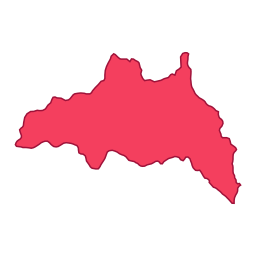 Divisópolis, Minas Gerais, Brazil
{"feature_id": "56859067B65548634153592", "entity_name": "Divisópolis", "entity_type": "district", "adm_level": 2, "iso_a3": "BRA", "parent_name": "Brazil", "parent_adm1": "Minas Gerais", "projection": "natural_earth1", "projection_center": [-40.905, -15.77], "detail": "fine", "context": "isolated", "style": "filled", "palette": "rose", "viewbox_px": 256, "rotation_deg": 0, "n_neighbors": 0, "source": "geoboundaries", "source_scale": "gbopen_adm2", "svg_char_len": 3577}
<svg xmlns="http://www.w3.org/2000/svg" viewBox="0 0 256 256"><path d="M19.6,129.8L20.2,132.1L20.8,133.8L21.4,135.4L21.4,137.4L20.2,139.0L18.6,140.0L17.1,141.2L16.1,142.7L15.4,144.7L16.5,146.3L18.6,146.6L21.1,146.9L22.8,147.5L25.7,147.5L28.0,147.7L29.5,147.9L31.3,148.2L33.1,147.8L34.7,147.1L36.7,145.9L39.0,144.4L41.2,142.7L43.2,141.8L45.0,141.2L47.5,141.2L49.5,142.7L50.9,144.3L52.3,145.5L53.7,146.5L56.1,146.9L58.2,146.5L59.9,145.5L61.7,144.4L63.6,143.2L66.2,142.7L68.8,143.0L71.2,143.4L73.4,144.1L75.1,144.9L76.9,145.5L78.3,147.7L78.5,150.3L78.9,152.8L80.8,153.9L83.2,154.2L85.3,155.9L86.0,158.4L86.5,161.0L87.7,162.7L89.1,164.7L90.4,166.9L92.0,168.2L93.6,168.5L95.9,168.9L98.4,168.8L100.0,166.6L100.8,164.9L102.0,163.0L103.7,160.4L104.9,158.4L105.7,156.3L106.4,154.3L107.3,152.0L109.0,150.8L110.6,150.5L112.3,150.3L114.7,151.0L117.3,152.1L119.5,153.7L122.0,154.8L123.9,155.4L126.0,156.8L127.6,158.8L128.9,160.3L130.7,160.8L132.6,161.2L134.4,161.6L135.8,162.7L137.6,163.4L139.3,165.1L140.8,166.0L142.5,166.3L144.7,166.1L147.0,164.9L149.2,164.3L151.4,163.8L153.5,162.7L155.6,161.4L157.7,161.1L159.3,162.0L160.5,163.7L162.3,163.8L163.9,161.6L166.4,159.9L168.6,158.5L170.7,157.9L172.8,157.3L174.8,156.5L177.0,156.8L179.2,157.6L180.6,159.7L183.1,160.7L184.5,159.2L185.7,157.2L187.9,157.0L189.9,158.7L190.7,161.0L191.5,163.0L192.2,165.6L193.1,167.7L194.4,169.2L195.6,170.3L197.6,170.5L199.7,170.2L201.1,172.1L202.5,174.5L203.5,176.3L204.8,178.1L207.0,178.5L208.3,179.4L209.5,180.7L209.2,182.4L210.4,183.8L211.9,185.5L213.4,187.2L215.3,187.8L216.6,188.6L218.2,190.0L219.8,191.2L221.0,192.3L222.5,194.0L224.2,195.2L225.8,196.4L227.2,197.9L228.6,199.3L230.2,201.1L232.0,203.2L234.1,203.3L234.1,200.5L234.5,197.8L235.7,195.0L236.9,193.0L237.6,191.0L237.7,188.1L239.1,186.1L240.6,185.1L239.4,183.5L237.7,183.8L236.2,182.5L236.0,179.9L234.7,177.9L234.5,175.6L233.3,173.4L233.0,171.3L233.0,169.5L233.0,167.6L232.8,165.8L232.1,163.8L232.7,161.7L233.0,159.2L233.0,156.8L233.2,154.4L234.1,152.4L235.5,151.0L236.5,149.6L235.8,148.0L234.7,146.9L233.0,145.7L230.8,144.1L230.1,141.1L229.2,138.6L226.7,137.7L224.3,137.7L222.4,137.7L221.2,136.2L220.9,134.1L220.2,132.5L219.4,130.5L219.8,128.5L221.9,126.1L223.0,123.4L222.7,121.2L221.5,119.4L219.8,118.2L218.9,116.8L218.3,114.3L218.4,111.7L215.9,110.6L214.3,108.8L212.4,107.2L210.7,106.3L209.1,105.9L207.4,104.9L206.0,103.4L205.1,101.8L203.9,100.6L202.6,99.7L200.9,98.7L199.2,97.8L197.6,96.2L196.2,94.9L195.0,93.4L194.2,91.6L193.1,89.4L191.9,87.3L191.4,85.6L191.1,83.5L190.9,81.1L190.6,79.0L190.7,76.7L190.9,74.2L191.0,71.5L190.8,69.4L188.9,67.4L187.7,65.2L187.4,63.1L187.6,61.2L187.9,59.4L188.0,56.4L188.6,53.9L187.1,52.8L185.0,52.7L182.7,53.5L180.6,56.9L181.1,67.0L179.5,68.7L176.4,70.8L174.9,75.1L172.2,74.0L170.7,74.7L168.4,77.5L164.2,78.7L161.0,80.3L158.9,80.8L156.8,81.3L154.3,81.8L150.1,79.8L147.5,80.1L144.6,80.6L142.8,78.6L141.3,75.5L140.8,73.7L141.7,70.2L140.2,67.7L139.0,62.9L137.9,61.7L135.3,60.4L133.5,59.1L131.5,58.9L129.9,61.6L126.8,59.1L121.3,59.1L119.9,58.8L117.9,57.2L115.3,54.6L113.7,53.8L111.2,56.2L110.4,59.0L108.1,63.2L106.5,66.6L105.3,70.4L104.9,74.9L104.9,78.4L103.9,80.5L101.1,81.3L98.4,84.5L95.3,87.6L92.5,90.9L91.5,92.7L89.9,93.9L86.3,93.9L84.3,93.3L80.7,93.0L77.8,93.3L74.8,93.8L73.3,94.7L70.1,98.7L68.5,99.9L65.4,100.5L61.1,98.2L57.0,97.9L55.0,97.0L53.1,97.3L52.0,99.3L50.7,102.8L47.9,105.2L45.5,108.9L42.8,110.4L41.0,110.6L39.2,110.6L37.2,110.3L35.7,110.8L33.7,111.4L30.6,111.5L27.0,113.8L24.7,117.5L23.7,122.6L23.4,125.6L22.5,127.1L21.1,128.1L19.6,129.8Z" fill="#f43f5e" stroke="#9f1239" stroke-width="1.5"/></svg>